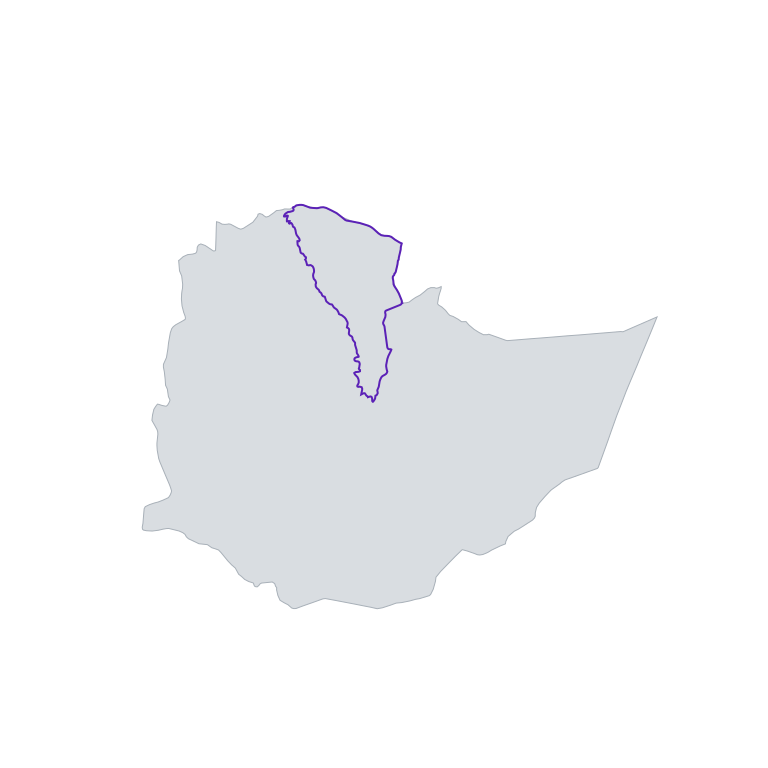 Ethiopia, with Afar highlighted, rotated 338°
{"feature_id": "ETH-3111", "entity_name": "Afar", "entity_type": "Administrative State", "adm_level": 1, "iso_a3": "ETH", "parent_name": "Ethiopia", "parent_adm1": "", "projection": "albers", "projection_center": [40.326, 11.654], "detail": "fine", "context": "in_parent", "style": "outline", "palette": "violet", "viewbox_px": 768, "rotation_deg": 338, "n_neighbors": 0, "source": "natural_earth", "source_scale": "10m", "svg_char_len": 8172}
<svg xmlns="http://www.w3.org/2000/svg" viewBox="0 0 768 768"><g transform="rotate(338 384 384)"><path d="M188.4,519.8L187.8,519.1L184.6,516.5L181.6,513.0L179.8,509.1L178.0,506.0L177.2,499.0L175.0,494.7L172.9,489.4L169.8,479.4L168.4,475.9L165.7,473.5L163.0,471.3L160.1,466.8L152.6,462.8L149.7,459.6L144.7,454.2L143.5,451.6L143.2,448.9L141.7,446.4L138.9,443.5L130.3,437.3L127.9,436.5L124.7,435.8L120.1,435.1L114.0,433.5L108.7,431.0L106.2,429.3L105.7,428.1L106.2,426.2L108.3,422.9L112.2,415.1L114.9,409.8L116.7,408.3L121.4,408.0L126.5,408.3L130.2,408.8L135.4,408.9L141.6,408.6L144.1,406.9L146.1,404.9L147.0,403.5L147.3,400.0L147.4,397.2L147.2,386.4L147.1,379.7L147.0,372.1L147.1,370.6L147.2,368.7L148.9,360.6L150.4,356.0L151.4,353.6L155.5,345.9L156.3,343.5L156.5,341.2L155.2,330.8L157.8,326.0L161.2,321.2L164.0,319.2L166.4,317.8L167.5,318.5L170.1,320.7L173.6,323.0L175.3,322.6L177.8,320.7L179.6,318.7L179.4,315.0L181.2,307.6L181.0,303.3L182.8,297.9L184.9,290.4L185.8,285.7L186.9,283.1L192.2,278.0L196.7,270.6L199.6,265.2L205.1,256.4L207.9,253.2L210.1,251.9L213.4,251.0L219.5,250.3L223.9,249.6L224.6,248.5L225.0,246.7L225.1,242.7L226.0,235.9L228.0,229.3L230.3,224.3L231.6,222.0L233.0,219.8L234.7,216.1L236.9,208.0L236.8,202.5L239.9,192.5L240.6,192.5L245.5,190.7L250.4,190.5L255.0,191.8L258.1,192.2L259.5,191.6L260.8,189.9L262.1,187.2L264.0,185.7L266.6,185.5L270.1,188.6L275.6,196.7L277.0,197.2L277.9,197.0L280.8,190.5L283.0,185.5L287.1,176.1L289.5,170.8L291.6,172.4L293.7,175.1L296.2,176.4L298.8,177.2L300.1,177.4L301.7,178.5L307.3,185.2L309.2,186.8L311.9,187.0L323.0,184.9L329.7,181.0L330.8,179.4L332.6,179.4L334.8,181.2L335.6,182.9L337.1,185.0L339.7,185.4L346.1,183.9L349.2,182.9L351.8,183.7L355.2,184.4L357.3,184.4L362.4,186.6L368.4,185.9L371.3,186.0L374.2,186.9L379.0,190.4L385.2,194.6L394.1,197.6L396.0,198.9L400.3,203.7L407.0,212.9L415.8,221.7L425.4,228.7L430.5,233.5L434.0,239.4L437.4,244.8L440.8,247.1L444.1,248.9L447.4,253.0L449.8,256.4L453.1,260.3L449.5,265.6L444.8,272.8L439.2,281.1L437.5,283.2L432.6,288.2L431.8,289.6L430.9,293.3L430.8,299.9L431.5,308.3L432.1,316.1L434.9,317.0L438.0,317.5L441.5,316.5L445.7,315.6L450.9,315.1L456.6,313.4L460.0,312.2L463.6,312.2L466.8,313.5L468.3,314.8L470.6,315.2L473.5,315.1L472.9,316.6L471.3,318.7L469.4,320.9L467.7,323.1L463.9,329.3L463.8,330.1L464.3,331.4L466.4,334.2L468.6,338.7L469.8,342.9L470.7,345.0L473.4,347.3L477.2,352.0L479.2,355.3L483.4,356.9L484.8,361.0L488.0,367.1L491.4,371.8L494.7,375.6L498.4,377.0L499.8,377.1L507.6,384.0L513.4,389.2L514.9,390.1L525.4,393.4L537.6,397.2L547.3,400.3L559.7,404.2L572.0,408.0L583.5,411.7L599.6,416.7L612.7,420.8L623.0,424.0L625.2,425.1L662.3,424.1L653.4,433.3L643.3,443.6L632.6,454.4L625.8,461.4L614.8,472.4L605.7,481.6L596.4,491.6L587.9,500.6L576.8,513.1L569.7,521.2L558.4,533.8L551.3,541.7L550.3,542.2L539.9,541.8L529.9,541.4L517.0,540.8L515.6,540.8L511.9,541.6L509.6,542.4L500.4,544.6L498.7,545.1L491.1,548.6L483.3,552.6L479.2,555.6L476.0,560.1L474.7,563.2L473.3,564.6L470.8,565.8L454.4,568.9L449.6,569.3L442.0,571.8L437.9,575.7L436.7,577.7L431.2,577.7L421.6,578.3L417.4,579.0L415.4,579.1L411.7,579.1L408.7,578.4L406.7,577.3L404.2,574.9L398.6,570.0L394.5,566.9L385.6,570.5L377.6,574.0L366.3,579.0L359.8,582.6L357.8,586.2L352.8,592.7L348.3,596.7L346.6,597.2L336.5,596.3L332.8,595.5L326.7,594.8L318.6,593.3L313.2,591.7L307.3,591.5L298.7,590.9L293.5,589.8L288.2,586.1L281.4,581.7L274.4,577.1L267.1,572.4L258.6,566.9L249.3,561.0L247.2,560.4L246.2,560.3L236.1,559.9L225.5,559.4L218.3,559.2L216.1,558.4L214.5,557.1L212.3,552.7L209.6,549.6L206.6,545.6L206.4,540.3L207.3,534.6L208.2,532.7L207.7,530.8L207.9,528.1L206.2,525.7L195.9,522.7L194.2,522.9L192.5,523.9L190.5,524.6L189.1,523.9L188.2,522.8L188.2,521.1L188.4,519.8Z" fill="#d9dde1" stroke="#a8b0b8" stroke-width="1"/><path d="M438.4,282.3L437.0,284.3L436.6,284.7L436.1,285.1L435.6,285.4L435.2,285.5L434.9,285.7L434.7,286.3L434.3,286.7L432.9,287.4L432.4,287.8L431.8,289.0L431.3,291.8L430.2,295.2L430.3,297.3L431.2,301.6L431.7,305.6L431.7,312.8L431.4,314.4L430.8,315.5L431.0,315.8L430.6,315.9L430.0,316.3L429.3,316.6L428.2,316.7L413.5,316.7L412.7,316.9L412.0,317.7L411.7,318.7L411.6,319.7L411.3,320.6L410.3,322.4L407.5,325.2L406.2,326.7L405.9,327.5L405.8,328.2L406.0,329.8L406.0,330.8L400.8,351.2L400.8,352.1L401.1,353.1L401.7,353.6L403.3,354.3L403.7,354.8L403.1,355.6L398.5,359.7L396.5,362.0L393.2,367.1L392.6,368.5L392.0,371.2L391.7,373.8L390.7,374.8L389.7,375.4L388.5,375.7L385.5,376.1L384.2,376.7L383.1,377.6L381.9,378.8L380.9,380.0L378.4,384.1L377.9,384.8L375.6,387.1L375.3,387.6L375.2,388.2L375.1,389.0L374.7,390.2L373.9,390.9L372.9,391.6L371.7,391.6L370.4,394.0L369.6,394.8L367.4,396.3L366.9,396.2L366.7,395.3L367.6,392.9L367.6,391.2L366.9,390.5L365.7,390.3L364.1,390.2L364.2,389.5L364.0,389.1L363.7,388.8L363.4,388.3L363.2,387.6L362.9,386.0L362.7,385.4L361.9,385.0L360.9,385.0L358.9,385.2L359.8,383.8L361.0,382.1L362.0,380.4L362.1,378.6L360.8,377.6L360.3,377.3L359.3,377.1L358.9,376.9L358.4,376.3L358.5,375.7L359.0,375.1L359.8,374.6L361.1,373.2L361.8,371.5L362.1,369.6L362.0,367.7L360.6,364.2L360.5,362.7L362.0,362.3L365.1,363.2L366.5,363.2L367.0,362.1L366.9,361.7L366.6,361.2L366.4,360.8L366.4,360.3L367.5,359.0L367.8,358.3L368.8,356.8L369.1,356.0L369.2,354.6L368.8,353.8L368.1,353.2L366.9,352.6L366.1,352.0L365.7,351.3L365.6,350.5L366.0,349.6L366.6,349.1L367.5,348.9L368.4,348.9L369.2,349.0L370.0,349.2L370.6,349.3L370.8,349.1L370.9,348.3L370.8,347.3L370.6,346.4L370.4,345.4L370.6,344.4L371.3,342.6L371.4,341.9L371.8,337.2L372.0,336.4L372.4,335.6L372.6,334.9L372.6,334.6L372.5,334.4L371.7,331.7L371.7,330.8L372.1,329.0L372.0,328.2L371.8,327.7L370.7,326.3L370.3,325.3L370.2,324.4L370.5,323.6L371.6,321.7L372.0,320.7L372.1,319.7L371.7,318.7L370.8,317.7L372.8,314.6L373.1,314.0L373.2,313.4L373.3,312.7L373.1,311.4L373.0,309.6L372.7,308.6L372.4,307.6L370.9,304.9L370.3,304.1L369.6,303.5L368.5,302.3L368.6,301.2L368.6,300.1L368.3,298.0L368.0,297.1L366.4,294.6L366.1,293.7L365.8,291.8L365.6,291.0L365.5,290.7L365.3,290.6L364.5,290.2L363.7,289.6L363.1,288.8L361.8,286.4L361.5,285.7L361.5,284.7L361.8,281.0L361.7,280.8L360.9,280.3L360.6,280.0L360.4,279.7L360.1,279.2L359.9,278.7L359.9,278.1L359.9,277.1L359.9,276.5L359.7,275.9L359.5,275.4L358.8,274.4L358.8,273.9L358.8,273.5L358.9,272.9L358.6,271.9L357.6,270.0L357.4,268.9L357.3,268.4L357.3,268.0L357.4,267.6L358.0,265.8L358.7,265.2L359.0,264.5L359.1,263.6L359.1,262.8L359.0,262.0L358.5,260.8L358.3,260.2L358.5,258.3L358.9,256.8L359.7,255.4L361.0,254.0L361.5,253.0L362.0,251.2L362.1,249.5L361.9,248.2L361.0,246.8L360.4,246.2L359.7,246.0L358.9,245.9L358.3,245.6L357.2,244.7L357.4,243.9L357.5,243.4L357.5,242.6L357.7,241.6L357.7,240.8L357.5,239.1L358.0,239.0L358.5,238.5L358.9,237.9L359.1,237.2L358.6,236.5L358.4,236.1L357.8,233.3L357.6,232.8L357.5,232.7L357.2,232.6L356.9,232.4L356.4,231.8L356.3,231.7L356.0,231.0L356.0,230.6L356.7,226.8L356.8,225.9L356.7,224.9L356.1,223.4L356.1,222.5L357.0,219.6L357.3,219.1L358.6,219.8L359.7,219.1L359.9,217.5L359.5,215.7L359.1,214.3L358.8,213.0L358.9,211.3L359.6,207.8L359.6,205.7L359.6,205.4L359.5,205.2L359.3,204.9L358.8,204.5L358.6,204.0L358.6,203.5L358.8,202.1L358.7,201.5L358.6,200.7L358.3,200.0L357.9,199.6L357.5,199.7L356.9,200.0L356.4,199.9L356.1,199.3L356.3,198.9L357.5,197.6L356.9,197.3L356.3,197.1L355.7,197.1L355.2,197.1L354.9,196.9L355.1,196.2L356.0,194.2L357.6,192.5L357.8,192.0L357.2,191.5L355.0,191.7L354.1,191.2L354.1,190.9L354.4,190.5L355.4,189.7L356.5,189.1L359.1,188.6L359.7,188.6L361.1,189.1L363.9,189.4L364.8,189.3L365.0,189.2L365.3,188.8L365.6,188.3L365.6,188.2L365.6,187.2L365.6,186.7L365.5,186.4L365.9,186.1L366.2,186.0L367.0,186.2L367.5,186.2L369.3,185.6L370.0,185.6L373.2,186.4L374.8,187.1L376.2,187.9L379.0,190.5L381.5,192.8L383.6,193.9L387.5,195.8L388.5,196.1L391.8,196.6L394.2,197.5L396.4,199.1L400.3,203.4L404.1,207.8L407.0,212.8L409.5,217.4L410.6,218.5L415.6,221.6L421.9,225.7L425.7,228.8L428.5,231.1L430.0,232.6L431.2,234.2L432.4,236.2L435.3,242.3L437.2,245.0L440.0,246.8L442.1,247.7L444.2,248.8L445.9,250.3L448.3,254.4L451.3,258.4L453.1,260.3L450.9,263.3L449.8,265.7L445.0,272.5L444.4,273.8L444.1,274.3L443.3,274.7L442.9,275.2L441.4,278.0L438.4,282.3Z" fill="none" stroke="#5b21b6" stroke-width="2"/></g></svg>